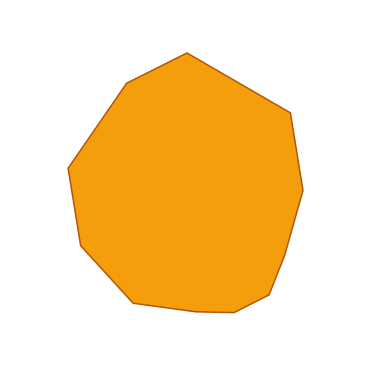 outline of Kumho, Hamgyŏng-namdo, North Korea, rotated 333°
{"feature_id": "82179303B22742196001734", "entity_name": "Kumho", "entity_type": "district", "adm_level": 2, "iso_a3": "PRK", "parent_name": "North Korea", "parent_adm1": "Hamgyŏng-namdo", "projection": "orthographic", "projection_center": [128.38, 40.117], "detail": "fine", "context": "isolated", "style": "filled", "palette": "amber", "viewbox_px": 384, "rotation_deg": 333, "n_neighbors": 0, "source": "geoboundaries", "source_scale": "gbopen_adm2", "svg_char_len": 310}
<svg xmlns="http://www.w3.org/2000/svg" viewBox="0 0 384 384"><g transform="rotate(333 192 192)"><path d="M214.0,318.6L245.6,290.7L291.6,241.0L315.6,166.2L250.6,65.8L183.2,65.4L92.4,114.6L68.4,189.4L89.1,264.5L140.9,300.4L174.8,318.6L214.0,318.6Z" fill="#f59e0b" stroke="#b45309" stroke-width="1.5"/></g></svg>